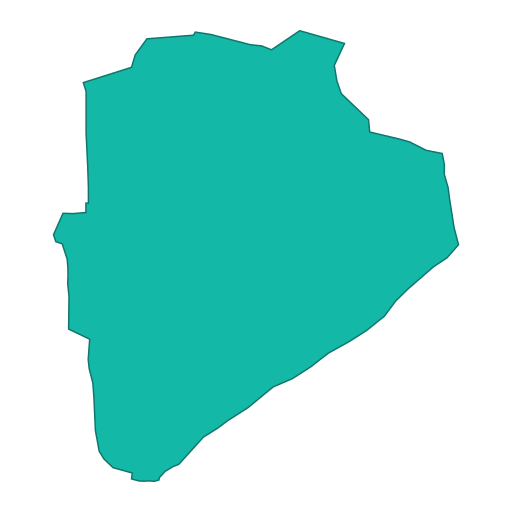 the district of Apa, Benue, Nigeria
{"feature_id": "59680162B6932812925911", "entity_name": "Apa", "entity_type": "district", "adm_level": 2, "iso_a3": "NGA", "parent_name": "Nigeria", "parent_adm1": "Benue", "projection": "orthographic", "projection_center": [7.868, 7.602], "detail": "fine", "context": "isolated", "style": "filled", "palette": "teal", "viewbox_px": 512, "rotation_deg": 0, "n_neighbors": 0, "source": "geoboundaries", "source_scale": "gbopen_adm2", "svg_char_len": 1166}
<svg xmlns="http://www.w3.org/2000/svg" viewBox="0 0 512 512"><path d="M86.1,133.1L87.7,166.2L88.4,187.4L88.4,203.2L85.9,203.1L85.9,212.5L72.8,213.6L63.0,213.3L53.5,234.7L55.8,241.7L62.2,243.8L67.2,259.2L67.9,268.0L68.0,275.6L67.7,283.8L69.0,296.5L68.6,329.1L89.7,339.2L89.1,347.1L88.2,359.5L89.2,368.7L92.9,383.2L94.0,399.1L95.4,430.5L97.1,439.7L99.2,451.3L104.0,459.0L113.1,467.7L132.3,473.0L131.5,478.9L138.7,480.9L143.9,481.2L146.5,481.0L149.9,480.9L154.1,481.3L158.8,480.1L159.6,477.3L165.2,471.3L173.0,466.6L178.8,464.3L181.8,461.0L203.4,437.1L217.9,428.0L227.6,420.7L248.2,407.5L263.9,394.5L273.4,386.8L292.4,378.6L311.1,366.6L317.7,361.4L328.6,353.0L350.5,340.8L367.1,330.1L379.1,320.4L384.3,316.3L395.7,301.0L407.5,289.4L433.0,267.2L435.4,265.5L447.0,257.8L458.5,244.7L454.1,227.7L449.7,199.8L448.1,187.6L444.3,174.4L444.4,164.8L442.2,153.5L426.1,150.3L409.8,142.0L400.7,139.4L369.7,132.0L368.5,119.7L341.3,93.7L336.9,81.0L334.3,65.4L344.5,43.5L299.7,30.7L271.5,49.8L261.7,45.9L250.4,44.7L248.0,44.1L210.5,34.4L195.3,32.1L193.5,35.2L146.9,38.8L135.2,55.0L131.5,67.3L83.3,82.6L86.1,91.4L86.1,133.1Z" fill="#14b8a6" stroke="#0f766e" stroke-width="1.5"/></svg>